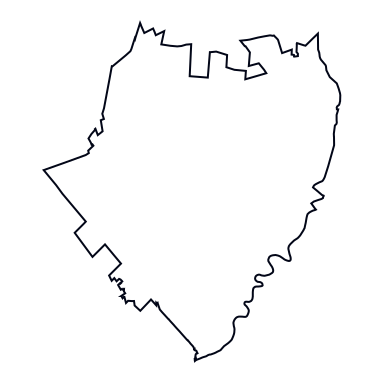 Gómez Palacio, Durango, Mexico
{"feature_id": "50627088B6714837082613", "entity_name": "Gómez Palacio", "entity_type": "district", "adm_level": 2, "iso_a3": "MEX", "parent_name": "Mexico", "parent_adm1": "Durango", "projection": "natural_earth1", "projection_center": [-103.42, 25.712], "detail": "fine", "context": "isolated", "style": "outline", "palette": "ink", "viewbox_px": 384, "rotation_deg": 0, "n_neighbors": 0, "source": "geoboundaries", "source_scale": "gbopen_adm2", "svg_char_len": 5907}
<svg xmlns="http://www.w3.org/2000/svg" viewBox="0 0 384 384"><path d="M310.5,211.8L312.7,210.7L313.0,210.6L314.6,210.1L314.8,210.1L315.9,209.6L314.8,208.3L311.6,203.8L311.3,203.4L312.3,202.7L313.9,201.5L318.2,200.0L321.4,199.0L322.3,198.5L323.0,198.0L323.0,197.7L323.0,197.3L323.7,196.0L323.7,195.7L322.0,195.0L317.2,190.9L313.1,187.5L313.0,187.4L313.4,186.6L313.6,186.2L313.9,185.7L314.1,185.4L314.7,184.9L315.6,184.3L316.1,184.0L319.4,182.3L321.9,181.3L322.4,181.0L322.8,180.5L323.0,180.3L323.8,179.0L324.2,178.2L324.7,177.2L328.2,166.2L334.1,145.3L334.1,143.7L334.0,136.6L333.9,136.3L333.9,135.4L333.8,133.9L334.9,125.5L336.4,124.0L336.7,123.0L336.8,122.6L336.6,120.1L336.6,114.9L337.7,111.4L338.2,109.4L336.9,109.3L336.9,109.0L336.8,108.3L336.7,107.5L337.0,106.8L337.2,106.4L339.1,104.8L339.7,103.0L339.7,102.7L340.0,101.6L340.1,101.4L340.3,95.2L340.0,93.2L338.7,88.7L337.9,86.4L336.8,83.4L329.8,77.1L326.4,70.3L326.0,66.6L325.8,65.8L325.7,65.5L325.6,65.3L325.5,65.1L321.2,60.0L320.7,59.3L320.4,58.6L320.2,58.3L319.9,57.3L319.7,56.6L319.5,54.7L319.2,52.5L319.1,52.3L318.1,49.6L317.9,33.6L312.4,38.9L305.5,45.7L303.9,45.3L297.0,43.1L296.7,43.8L296.8,45.0L296.7,48.1L296.5,52.0L297.9,53.7L297.9,56.1L295.1,56.5L294.1,56.6L294.0,56.4L294.1,56.0L293.9,54.9L291.6,54.6L291.8,49.6L282.1,53.1L278.1,40.1L277.6,39.3L277.0,38.7L276.2,37.8L274.9,36.6L274.7,36.3L273.9,35.5L273.7,35.6L273.4,35.7L272.8,35.8L270.4,35.4L269.8,35.4L264.5,36.3L258.2,37.5L249.6,39.6L246.9,40.0L240.4,40.7L244.8,46.2L245.5,46.2L249.9,52.4L248.8,66.0L258.8,63.3L264.1,69.8L266.3,73.2L256.1,76.2L245.3,79.3L245.9,70.9L234.4,69.8L226.4,67.2L227.1,55.0L216.2,51.6L211.1,52.1L209.9,52.1L207.8,77.6L200.2,77.0L189.7,76.2L191.2,44.2L186.2,44.6L181.4,46.0L177.2,46.4L170.4,45.8L161.3,44.4L164.2,31.1L155.8,35.2L154.6,32.0L153.1,28.5L144.3,33.0L140.9,25.2L140.9,24.9L140.1,23.0L135.5,37.5L135.1,39.0L134.8,38.3L133.1,43.6L131.4,49.0L130.4,51.2L125.7,55.4L112.3,66.5L111.8,66.3L109.6,78.5L104.0,108.3L102.3,113.8L103.9,119.0L100.8,120.2L102.6,131.3L97.8,135.1L95.4,128.7L94.9,129.1L95.1,129.8L91.5,133.9L88.5,138.5L90.1,141.3L90.9,142.8L91.6,144.7L92.4,144.3L93.4,145.7L88.2,150.6L88.8,153.1L85.8,155.0L62.4,163.5L43.7,170.1L56.1,185.1L62.4,193.7L84.8,220.4L85.8,221.6L83.5,224.0L74.7,232.8L92.5,256.9L105.0,244.4L113.7,254.9L121.0,263.6L109.1,275.5L111.7,280.8L114.3,278.1L116.6,281.3L119.1,278.9L120.5,279.5L122.0,281.0L122.3,281.4L120.8,282.8L121.0,283.1L120.3,283.7L120.0,283.2L118.1,285.0L120.8,289.7L122.0,288.9L122.5,289.5L122.8,289.7L123.4,289.2L123.6,289.8L124.0,289.5L123.9,291.4L125.2,293.3L121.2,296.0L121.3,296.0L122.6,298.3L123.9,296.8L124.4,296.9L126.0,303.0L128.1,300.8L132.1,301.1L134.0,301.0L134.5,304.5L134.6,305.5L140.3,310.8L150.0,300.6L151.0,299.5L156.2,305.3L156.2,304.8L156.3,304.3L156.3,303.6L156.3,302.7L156.6,303.0L157.0,303.1L157.3,303.0L157.6,302.8L157.7,303.3L159.8,309.5L162.0,312.1L168.4,319.1L168.6,319.1L168.7,319.3L170.6,321.5L174.0,325.2L174.3,325.6L176.8,328.4L179.1,330.9L179.5,331.3L181.5,333.6L187.0,339.8L187.2,340.0L187.4,340.0L187.8,340.5L187.9,340.4L189.9,342.8L190.3,343.4L192.7,346.0L193.4,346.9L193.4,347.0L193.8,347.9L194.0,348.6L194.0,348.9L194.6,348.7L194.7,350.2L196.3,350.7L197.3,352.9L197.5,353.2L196.8,353.6L196.3,353.6L195.7,354.4L195.3,356.8L195.6,356.8L196.0,358.4L194.7,358.8L194.8,360.5L194.9,361.0L195.7,360.3L196.9,359.7L199.0,358.9L201.0,358.1L201.3,357.9L203.1,357.2L206.1,356.3L206.8,355.9L207.9,355.2L209.4,354.6L210.7,354.5L214.1,353.3L215.7,352.6L217.3,351.7L218.2,351.3L219.9,350.5L220.6,350.1L221.7,348.8L223.2,347.1L224.2,346.0L225.1,345.4L226.3,344.5L228.1,343.2L229.7,341.8L231.1,340.4L231.8,339.5L232.6,337.7L233.3,336.0L234.0,333.9L234.3,332.3L234.4,330.8L234.5,329.2L234.3,327.7L233.9,326.4L233.6,324.4L233.4,322.9L233.7,321.6L234.1,320.6L234.7,319.4L235.8,318.1L236.5,317.5L237.2,317.1L238.1,316.8L238.9,316.6L240.9,316.6L242.8,316.7L244.3,316.9L245.0,316.9L245.8,316.8L246.5,316.4L247.2,315.7L248.2,313.5L248.7,311.8L248.8,310.6L248.5,309.4L247.8,308.2L247.3,307.4L246.5,306.3L245.1,305.0L244.7,304.6L244.5,304.1L244.4,303.7L244.5,303.0L244.7,302.4L245.1,302.0L245.6,301.8L246.3,301.7L248.6,301.9L249.3,301.8L250.1,301.5L250.6,301.2L251.2,300.9L251.7,300.2L252.1,299.6L252.4,298.9L252.5,298.4L252.6,297.9L252.7,297.0L252.8,296.7L252.8,294.4L252.8,292.1L253.0,290.1L253.2,289.0L253.3,288.8L253.4,288.3L253.5,288.2L253.8,287.8L253.9,287.7L254.0,287.6L254.4,287.3L254.6,287.2L254.9,286.9L255.0,286.9L255.6,286.7L255.8,286.6L256.3,286.6L256.7,286.5L257.1,286.5L258.3,286.5L258.7,286.5L260.6,286.3L261.6,286.1L262.3,285.8L262.6,285.4L262.5,284.6L262.4,284.0L262.1,283.4L261.4,282.7L260.4,282.2L260.2,282.1L257.6,281.8L256.4,281.0L255.5,280.0L255.1,278.9L255.1,278.2L255.3,277.3L255.6,276.5L256.3,275.7L257.4,275.0L259.0,274.6L260.4,274.9L260.9,275.2L261.3,275.3L262.0,275.5L262.9,275.6L263.6,275.7L264.2,275.8L264.9,275.7L265.1,275.7L269.4,274.6L272.0,273.0L272.8,272.2L273.1,271.4L273.2,270.6L273.1,269.7L272.8,268.6L272.2,267.2L271.6,266.2L270.6,264.8L268.4,261.2L268.3,260.4L268.3,259.6L268.4,259.2L269.2,257.2L269.9,256.5L270.6,256.0L271.3,255.7L272.7,255.3L273.5,255.2L274.6,255.1L275.4,255.0L276.1,255.1L276.4,255.2L277.4,255.4L278.4,255.7L279.2,256.0L280.5,256.6L280.7,256.8L282.5,258.0L283.6,258.8L283.8,259.0L285.1,259.8L285.4,259.9L286.6,260.4L287.9,260.8L288.6,260.9L288.9,261.0L289.4,260.9L289.5,260.9L290.0,260.7L290.5,260.1L290.7,259.4L290.7,258.9L290.7,258.5L290.6,257.7L290.6,257.4L290.3,256.4L289.5,254.0L288.7,250.4L288.4,249.0L288.4,248.8L288.4,248.1L288.4,247.9L288.6,247.3L288.8,246.3L289.0,246.0L289.5,245.2L290.7,243.7L291.0,243.5L292.5,242.0L294.2,240.4L297.3,238.4L297.6,238.2L298.8,237.0L300.2,235.4L302.8,231.3L303.5,230.2L303.8,229.4L304.3,228.6L304.6,228.0L304.7,227.4L305.1,225.5L305.7,222.9L306.2,219.9L306.6,217.6L307.1,215.5L307.6,214.1L307.8,213.9L309.3,212.5L309.5,212.4L310.5,211.8Z" fill="none" stroke="#020617" stroke-width="2"/></svg>